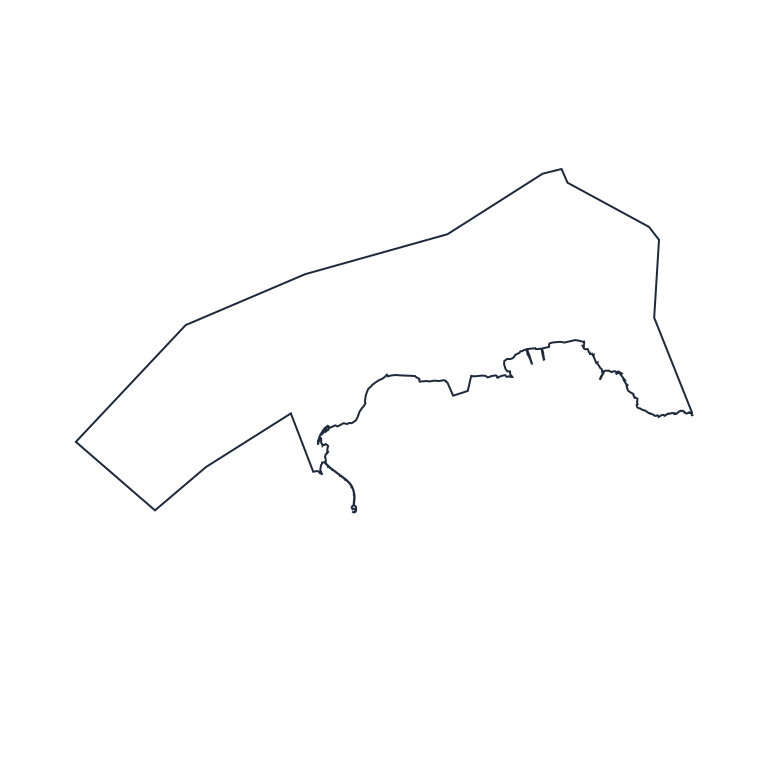 70, Al Daayen, Qatar (Robinson projection), rotated 69°
{"feature_id": "91078587B85079353631459", "entity_name": "70", "entity_type": "district", "adm_level": 2, "iso_a3": "QAT", "parent_name": "Qatar", "parent_adm1": "Al Daayen", "projection": "robinson", "projection_center": [51.51, 25.511], "detail": "fine", "context": "isolated", "style": "outline", "palette": "slate", "viewbox_px": 768, "rotation_deg": 69, "n_neighbors": 0, "source": "geoboundaries", "source_scale": "gbopen_adm2", "svg_char_len": 5911}
<svg xmlns="http://www.w3.org/2000/svg" viewBox="0 0 768 768"><g transform="rotate(69 384 384)"><path d="M419.9,643.1L397.7,579.9L378.1,481.5L440.5,481.5L440.5,481.4L441.4,477.4L442.8,476.1L444.5,475.7L444.9,474.9L445.8,474.4L445.7,474.2L444.4,474.7L444.1,474.2L441.3,474.3L440.3,473.7L437.3,471.9L436.1,470.4L435.2,470.0L435.6,467.8L441.2,465.4L441.4,465.6L441.5,465.2L443.1,464.4L445.6,462.8L445.8,463.0L445.9,462.9L445.9,462.6L452.3,458.5L453.4,457.9L453.6,458.1L453.8,458.1L453.7,457.8L455.3,456.7L459.3,454.3L459.6,454.5L459.7,454.4L459.6,454.1L461.2,453.2L462.4,452.6L465.4,451.5L468.1,451.0L468.7,450.9L468.9,451.3L469.2,451.2L469.3,450.8L471.7,450.7L476.9,451.5L477.0,451.6L477.0,452.0L477.3,452.0L477.5,451.7L479.0,452.3L486.1,455.8L486.3,456.1L486.7,457.4L487.3,458.1L488.2,458.5L489.6,458.3L489.5,457.3L489.7,456.8L489.9,456.4L490.5,455.9L491.0,455.9L491.4,456.0L492.3,456.4L492.5,456.8L492.7,457.3L492.8,457.3L492.6,456.7L492.3,456.2L491.9,456.0L491.7,455.7L491.8,455.6L492.8,456.2L493.1,457.2L493.0,457.9L492.9,458.2L492.7,458.4L492.4,458.7L492.5,458.8L493.0,458.2L493.3,457.5L493.2,456.9L493.0,456.3L492.5,455.7L491.5,455.1L488.9,454.3L488.5,454.3L488.1,454.4L486.1,455.4L479.4,452.1L476.5,451.2L471.4,450.5L468.7,450.6L467.6,450.7L465.1,451.3L461.0,453.0L457.1,455.2L453.0,457.9L445.6,462.5L443.4,463.9L439.3,465.9L437.2,466.8L434.1,465.6L431.8,465.1L431.0,465.3L428.8,463.7L428.2,461.7L427.7,461.8L427.3,460.5L426.3,461.0L423.4,459.6L422.0,458.4L421.2,458.6L419.3,459.8L419.2,460.5L419.6,461.4L419.0,462.4L419.6,463.5L418.4,463.2L416.5,463.7L412.3,462.2L411.8,462.5L413.6,463.6L413.7,464.6L414.6,465.9L416.2,466.7L416.2,467.0L414.3,466.4L413.0,465.7L412.4,464.5L411.4,464.2L408.9,462.0L405.6,457.7L404.1,455.4L402.9,451.5L403.5,451.1L404.8,454.6L409.3,461.1L408.3,459.2L406.8,456.8L407.7,457.3L406.5,455.6L406.1,454.4L407.4,454.9L407.1,454.2L406.9,452.4L405.7,451.5L404.9,450.4L405.5,449.7L405.1,444.4L407.0,442.4L406.1,436.0L408.2,432.5L407.9,430.5L409.0,428.1L407.9,423.2L405.8,420.9L404.1,419.3L401.9,417.5L400.7,416.3L399.9,414.9L398.5,413.1L397.4,410.6L396.4,409.8L395.7,408.4L393.4,408.0L388.4,405.3L386.3,403.6L384.7,402.2L383.1,400.6L382.3,398.9L381.3,396.1L380.7,395.5L379.7,392.2L378.7,387.7L378.4,383.2L377.6,380.5L376.4,378.0L378.2,377.7L378.7,373.8L379.8,369.9L381.9,365.4L384.3,359.9L386.2,355.4L387.8,352.1L389.3,351.4L390.0,350.8L392.0,349.1L393.4,349.9L394.7,349.7L395.2,347.6L395.7,345.7L396.5,343.2L397.9,340.7L398.9,335.9L401.1,331.2L401.8,327.0L402.6,325.9L403.1,325.2L404.0,325.3L405.3,324.3L419.7,323.6L420.5,308.3L407.7,299.7L408.5,298.8L408.5,297.9L409.2,297.2L410.0,294.1L411.2,289.7L412.5,286.8L413.1,286.1L414.9,285.0L415.2,283.1L415.0,281.7L415.4,279.3L416.0,276.7L416.7,275.9L418.5,276.0L419.0,275.5L418.6,274.8L418.6,271.9L418.7,270.0L419.2,267.7L421.3,266.9L421.7,264.3L422.2,264.1L422.5,263.1L423.1,262.7L423.4,261.7L422.2,262.0L421.2,262.6L418.7,262.4L418.0,261.9L417.3,261.9L416.3,264.4L413.4,265.1L408.9,264.9L405.7,263.5L404.7,260.1L405.5,258.4L406.0,256.8L406.0,254.5L405.0,252.3L403.9,251.2L403.4,246.2L402.4,245.0L402.4,244.5L402.9,243.4L402.4,241.1L402.8,238.9L406.3,238.9L407.5,239.4L408.3,239.1L409.2,239.1L410.2,238.9L411.2,238.8L411.6,238.8L412.1,238.6L415.5,238.7L415.8,238.8L416.2,238.7L417.8,238.8L417.9,238.6L411.8,238.2L411.0,238.3L409.8,238.0L408.7,238.0L408.4,238.1L407.4,238.0L406.4,238.2L402.7,237.8L404.8,230.0L405.8,229.8L406.8,227.0L407.1,225.4L408.0,224.4L411.8,225.1L418.5,226.1L418.5,225.6L415.6,225.4L415.4,225.0L412.7,224.7L412.2,224.2L407.5,223.9L408.5,216.6L406.4,215.8L405.4,214.9L405.7,211.6L407.8,204.3L409.4,201.6L409.9,201.0L411.5,189.9L413.7,186.0L414.7,184.8L415.8,183.2L416.1,182.1L416.6,182.3L417.6,182.4L419.2,183.5L420.3,183.8L419.7,184.9L422.4,184.6L423.7,183.8L424.2,181.5L424.5,181.3L427.7,181.3L428.2,180.7L429.8,181.0L430.3,178.8L431.9,178.8L431.9,177.7L433.0,178.5L440.4,178.3L440.4,177.1L441.1,177.7L441.6,177.3L446.8,176.3L447.8,175.5L450.0,175.6L450.4,175.9L451.2,175.6L451.6,176.0L452.3,175.5L454.7,178.3L454.6,178.5L454.8,178.7L455.0,178.7L456.4,180.1L456.3,180.3L456.4,180.5L456.5,180.5L456.8,180.4L456.9,180.2L456.7,180.0L456.6,179.9L456.5,180.0L455.1,178.6L455.1,178.3L454.9,178.3L454.0,177.2L453.8,176.7L453.6,176.6L452.2,174.9L450.9,174.4L451.0,173.9L450.8,173.4L451.1,171.9L451.9,170.0L452.0,169.4L452.3,169.3L454.2,167.5L454.3,167.3L454.4,167.2L454.4,164.9L454.9,163.8L456.2,162.7L456.3,161.0L457.3,161.0L457.3,163.3L457.8,163.3L457.3,159.9L458.4,159.9L458.6,158.8L459.4,158.3L459.4,159.9L466.8,157.7L466.4,158.7L467.5,158.4L467.7,158.6L470.5,158.0L472.1,157.2L472.1,158.1L474.2,158.2L474.7,158.5L477.2,158.6L477.8,158.4L480.4,156.8L482.3,155.0L483.1,154.7L483.8,155.2L485.5,155.1L485.8,154.7L486.7,155.0L487.2,153.9L488.0,153.1L488.3,153.0L488.7,152.7L489.2,153.0L490.6,153.7L490.8,153.9L491.3,153.9L491.6,154.3L493.8,154.5L494.0,155.6L494.7,155.8L496.4,155.9L498.0,154.8L498.8,153.4L500.1,152.6L501.4,151.2L502.0,150.1L503.8,148.7L504.9,148.0L505.9,147.4L506.3,147.0L506.5,146.2L507.0,146.2L507.8,145.1L509.2,143.5L510.3,143.0L511.2,141.7L511.2,140.1L511.5,140.0L511.7,139.6L513.2,139.4L512.9,137.6L512.6,136.8L512.7,135.6L512.8,134.7L513.1,133.8L514.2,133.6L514.2,133.4L514.1,132.7L514.2,132.3L513.9,131.7L513.4,129.5L513.8,129.4L513.8,129.1L514.2,127.4L514.2,126.1L514.5,125.1L515.0,124.1L515.0,123.9L515.3,123.4L516.0,123.6L516.0,122.8L516.4,122.8L516.7,122.0L516.6,121.4L516.2,120.4L515.8,120.0L515.8,119.4L515.2,116.7L515.8,116.3L515.8,116.1L516.2,114.4L517.4,113.8L518.2,113.8L518.2,113.3L519.0,113.1L519.2,112.8L519.8,112.5L520.1,111.7L519.8,109.4L520.5,109.4L520.9,108.3L520.9,108.0L520.6,107.9L520.7,107.3L522.9,107.6L523.1,107.8L523.5,107.8L523.5,107.3L523.0,107.4L521.8,107.2L520.9,107.2L520.9,106.7L418.9,108.0L348.0,75.6L332.3,80.3L261.9,140.5L246.9,141.2L244.5,160.5L266.9,271.0L253.2,418.2L257.9,548.0L327.6,692.4L419.9,643.1Z" fill="none" stroke="#1e293b" stroke-width="2"/></g></svg>